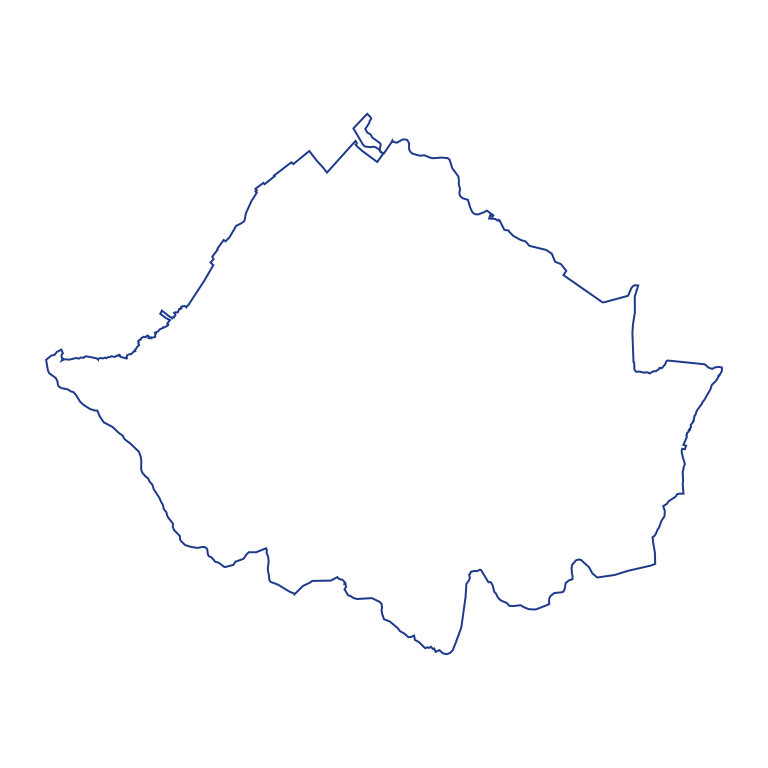 Blagesti, Bacau, Romania (Albers equal-area conic projection)
{"feature_id": "2599482B12123686105802", "entity_name": "Blagesti", "entity_type": "district", "adm_level": 2, "iso_a3": "ROU", "parent_name": "Romania", "parent_adm1": "Bacau", "projection": "albers", "projection_center": [26.623, 46.673], "detail": "fine", "context": "isolated", "style": "outline", "palette": "blue", "viewbox_px": 768, "rotation_deg": 0, "n_neighbors": 0, "source": "geoboundaries", "source_scale": "gbopen_adm2", "svg_char_len": 6088}
<svg xmlns="http://www.w3.org/2000/svg" viewBox="0 0 768 768"><path d="M554.3,593.0L561.3,592.4L563.4,591.6L564.6,589.3L565.7,583.0L569.1,580.3L572.4,579.2L572.6,576.2L571.9,573.3L571.6,568.1L572.1,564.8L576.2,560.2L578.6,559.5L581.0,559.9L589.0,567.2L592.4,573.4L597.2,577.5L614.6,575.0L627.7,570.9L651.1,565.5L655.2,563.9L654.9,552.6L653.3,543.6L652.6,537.2L654.8,535.5L656.0,533.5L657.6,529.6L659.1,527.4L661.6,520.5L664.5,516.3L664.8,511.0L663.2,506.1L666.7,504.0L668.6,501.3L675.8,496.5L676.9,494.3L679.4,493.7L683.5,493.7L682.7,484.2L683.1,481.0L682.7,472.1L683.6,468.4L683.4,467.7L684.9,464.0L682.8,457.1L681.8,452.6L681.7,450.2L682.2,448.8L684.9,449.2L686.1,445.7L683.4,444.9L686.9,436.8L686.4,435.4L687.0,434.2L686.9,433.1L688.2,432.1L689.8,430.0L689.0,429.8L691.1,427.0L690.7,425.0L693.6,421.2L693.8,420.6L693.4,420.3L694.3,417.9L694.2,416.2L695.2,415.4L696.8,410.7L702.3,403.1L702.6,401.8L704.1,400.3L710.4,389.4L711.8,384.9L715.9,381.0L717.5,378.5L718.7,375.4L719.3,375.7L721.9,370.9L721.9,367.6L719.5,366.9L715.2,367.3L712.2,368.9L708.5,367.6L704.8,364.3L667.7,360.5L666.2,361.5L665.2,364.3L661.8,368.2L659.5,367.9L658.9,369.1L656.1,371.1L653.1,371.4L649.5,373.5L647.7,372.3L643.5,372.6L639.3,371.5L636.2,371.8L634.4,369.7L634.3,363.9L634.0,362.4L633.5,362.1L632.4,332.9L633.0,324.2L634.9,312.4L634.8,296.5L638.2,285.5L634.8,285.2L633.1,286.1L631.5,287.8L628.0,295.8L603.7,302.4L602.3,302.2L563.4,275.1L566.3,270.9L561.0,264.2L555.1,261.7L551.8,253.7L546.0,249.9L529.3,245.8L525.7,241.5L520.8,240.0L513.4,236.0L509.1,231.6L508.7,230.6L504.3,229.8L499.5,220.2L498.9,219.8L498.3,220.7L496.7,220.1L495.6,219.0L489.1,218.5L490.2,215.4L492.5,216.7L493.3,215.3L486.9,210.6L484.1,212.2L478.3,214.4L476.1,214.4L473.6,213.4L472.0,211.6L470.2,207.4L467.9,199.8L462.8,198.3L460.6,196.6L459.6,194.5L459.4,192.1L460.1,189.7L458.8,184.2L458.9,180.8L458.4,176.5L452.2,168.1L449.7,160.0L447.7,158.1L441.2,157.6L433.3,158.2L430.8,157.9L424.4,155.3L419.7,155.7L412.3,153.6L410.0,151.4L409.2,149.4L408.9,146.5L409.2,143.7L408.6,142.3L407.2,140.0L405.0,139.4L402.7,139.5L396.8,142.7L393.3,141.9L392.4,140.4L391.9,141.7L383.9,153.4L380.7,151.9L379.7,149.4L380.7,144.7L380.3,143.4L372.3,137.5L370.6,134.5L367.2,132.5L365.3,128.9L369.1,123.2L369.7,121.0L371.2,118.7L370.4,117.0L367.2,113.8L353.4,128.4L362.8,144.4L364.9,146.5L370.8,147.2L373.5,146.7L375.6,147.3L378.9,149.4L380.6,152.1L383.2,153.7L377.2,162.0L362.6,151.2L357.5,146.8L355.6,144.7L356.7,143.7L356.7,142.7L355.5,140.9L327.0,172.6L322.7,167.1L316.9,160.9L309.3,151.0L293.3,164.1L291.4,162.3L274.1,175.5L274.7,176.1L264.6,184.2L263.4,182.9L256.2,188.2L255.4,189.0L256.8,190.2L255.5,191.5L256.8,192.6L251.6,200.8L249.1,206.2L245.8,213.6L244.8,219.5L244.1,221.3L241.0,223.5L236.2,225.8L229.7,237.0L225.6,241.3L223.7,240.0L217.6,248.4L217.4,249.1L217.7,249.5L212.3,256.6L213.5,259.2L210.5,262.5L213.3,265.1L204.6,280.2L188.0,305.6L186.7,306.1L186.3,307.3L184.3,305.9L181.2,306.8L180.9,307.2L181.4,308.2L180.5,309.0L179.2,309.0L177.9,312.3L175.0,312.3L174.1,312.9L175.4,314.5L175.2,315.8L174.1,316.5L173.9,317.5L172.5,317.4L172.2,318.2L168.8,316.1L161.9,310.6L160.2,313.8L166.0,318.1L170.0,320.1L167.4,323.2L167.4,324.4L168.3,324.5L168.1,325.2L165.0,327.2L163.1,327.3L163.0,328.0L160.0,329.2L157.7,331.6L155.1,332.6L155.9,333.6L155.2,333.9L155.2,336.8L153.1,337.6L151.8,337.4L151.1,338.2L150.3,337.3L149.4,337.1L149.7,337.9L149.1,338.3L148.6,338.1L148.9,337.5L148.1,336.2L148.2,335.8L147.2,335.5L145.8,337.2L143.8,336.7L141.2,338.3L140.7,339.7L139.6,339.8L138.1,341.2L138.8,342.5L138.3,343.7L139.1,345.1L136.7,347.4L136.5,348.3L134.7,350.4L135.2,351.1L133.3,351.9L131.1,354.2L129.4,354.2L127.2,355.2L126.5,357.0L127.0,358.1L126.6,358.5L120.9,356.9L120.2,356.5L119.9,355.1L119.1,354.7L118.5,355.0L118.5,355.7L116.7,355.8L114.8,356.9L111.2,356.2L110.2,357.0L107.9,357.2L106.6,358.2L105.0,357.6L103.1,358.4L100.3,358.0L98.0,359.0L98.0,359.5L96.8,358.4L86.9,356.4L85.2,356.5L83.6,357.7L80.7,357.6L78.7,358.6L76.2,358.0L69.4,359.6L64.0,359.3L61.7,360.6L62.7,358.4L61.7,357.6L61.6,354.8L62.9,353.3L61.3,349.6L56.8,352.0L54.6,354.8L51.3,355.6L46.1,359.8L47.9,370.4L48.6,372.0L49.3,373.3L55.8,378.0L57.5,381.6L57.9,384.8L58.7,386.4L61.7,388.2L67.6,389.3L70.9,391.4L73.6,392.2L76.3,395.4L80.1,401.7L83.7,405.0L90.0,409.0L94.8,410.5L97.4,410.6L99.7,416.3L103.7,422.3L112.5,426.9L118.9,433.0L122.7,435.7L124.4,438.8L125.7,440.1L130.3,443.5L138.8,451.6L140.8,456.8L141.3,460.9L141.1,469.1L142.2,472.6L145.3,476.2L148.1,478.4L149.6,481.7L152.3,484.6L153.8,489.3L159.3,497.7L161.1,502.0L162.8,504.5L163.8,509.1L166.5,512.4L166.8,514.6L168.0,517.4L172.7,523.2L173.0,524.3L172.7,526.7L174.1,530.1L179.9,536.1L180.0,538.9L180.8,540.9L185.2,545.1L191.7,547.1L197.6,547.9L202.9,546.9L205.1,547.2L206.8,548.6L207.3,549.8L207.9,554.4L208.8,556.2L211.6,557.4L215.2,561.7L218.8,562.8L224.1,566.8L225.1,567.1L233.3,564.9L235.4,561.7L243.4,558.9L246.8,554.0L249.0,552.2L256.0,552.3L266.1,548.3L266.7,549.6L266.6,552.8L268.1,556.6L268.7,561.9L267.9,567.3L267.9,570.5L268.7,574.1L269.3,579.6L270.1,581.4L271.1,582.1L277.9,584.6L289.8,591.8L294.3,593.6L294.5,594.3L303.0,585.9L310.4,582.4L312.2,580.9L330.9,580.6L337.3,577.1L339.1,579.0L342.3,579.7L344.5,581.8L344.4,583.9L345.4,583.4L345.9,586.1L345.8,587.5L344.5,589.2L348.2,595.4L350.6,596.0L353.2,597.9L357.1,599.0L371.8,598.1L379.5,601.8L381.5,603.7L382.1,607.7L381.5,610.2L382.2,613.9L383.9,619.1L390.1,621.7L397.9,628.3L399.8,631.0L404.8,633.9L408.4,637.2L411.4,636.9L414.1,635.6L414.9,639.9L419.0,642.2L425.2,648.2L427.5,647.3L429.2,647.9L430.9,646.7L433.0,649.1L434.2,648.5L435.6,651.9L439.4,650.1L442.8,653.3L446.6,654.2L450.2,652.9L452.6,650.4L455.7,642.9L461.3,627.4L465.5,597.6L466.4,584.0L469.0,580.2L469.9,577.8L469.1,574.7L470.1,573.9L470.8,571.8L474.2,571.0L477.0,571.2L480.0,569.7L481.0,570.0L488.4,582.2L490.7,582.1L492.6,585.2L494.3,591.9L495.9,593.4L497.7,597.1L499.6,599.4L501.9,601.0L506.8,602.9L509.2,605.8L513.1,606.1L520.6,605.2L523.8,607.2L528.9,609.2L535.7,609.5L548.7,604.4L549.3,603.9L549.0,600.8L549.4,598.0L550.6,595.9L554.3,593.0Z" fill="none" stroke="#1e3a8a" stroke-width="2"/></svg>